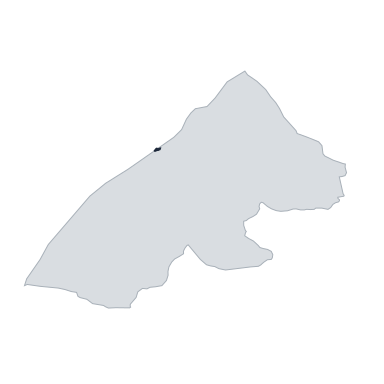 Commonwealth 2, Grand Bassa, Liberia shown in context, rotated 99°
{"feature_id": "62588387B22492671376188", "entity_name": "Commonwealth 2", "entity_type": "district", "adm_level": 2, "iso_a3": "LBR", "parent_name": "Liberia", "parent_adm1": "Grand Bassa", "projection": "natural_earth1", "projection_center": [-10.038, 5.878], "detail": "fine", "context": "in_parent", "style": "filled", "palette": "slate", "viewbox_px": 384, "rotation_deg": 99, "n_neighbors": 0, "source": "geoboundaries", "source_scale": "gbopen_adm2", "svg_char_len": 2693}
<svg xmlns="http://www.w3.org/2000/svg" viewBox="0 0 384 384"><g transform="rotate(99 192 192)"><path d="M64.3,158.7L67.6,155.5L72.5,145.2L79.3,135.2L85.6,129.3L90.6,123.3L95.9,118.6L103.5,113.2L115.1,98.9L117.8,97.3L119.7,87.4L122.6,74.8L125.9,70.9L133.8,68.6L135.7,66.4L138.5,57.5L140.3,47.2L140.4,44.9L143.5,44.7L148.8,42.4L151.9,43.4L153.3,46.4L154.0,48.9L170.1,42.5L171.5,41.2L172.4,41.4L174.4,47.2L175.6,46.8L176.5,45.2L177.6,45.0L178.9,45.8L180.1,48.5L182.2,50.9L185.7,52.6L187.9,55.0L187.6,61.2L188.5,67.2L190.0,68.6L190.8,72.2L191.2,76.2L192.1,78.2L192.7,82.2L192.4,86.5L193.0,89.5L195.6,94.7L197.2,101.3L197.2,105.9L196.2,110.8L194.5,115.2L191.5,120.1L191.3,122.0L193.1,123.3L195.8,123.5L198.0,122.5L203.8,124.8L206.7,128.0L209.4,131.9L211.7,133.9L212.8,136.4L216.9,135.7L221.6,133.3L222.5,132.2L223.9,132.8L227.0,133.1L229.1,128.7L230.8,123.7L234.4,118.3L236.2,116.3L236.7,112.8L236.9,108.4L238.2,104.5L241.2,102.4L244.5,102.4L246.2,103.2L247.1,106.9L249.8,109.8L252.0,111.7L253.2,112.6L255.0,114.8L256.8,122.3L263.8,146.7L263.5,153.4L262.1,157.8L262.1,162.1L261.6,166.3L257.3,173.2L244.8,187.5L245.7,188.7L248.8,190.3L251.8,191.2L254.3,190.7L257.5,194.3L260.9,198.7L264.4,201.1L269.6,203.1L274.2,203.3L278.0,202.6L283.4,203.4L289.2,207.1L291.3,213.2L292.7,218.6L294.7,221.3L295.0,225.9L299.1,229.9L304.9,230.7L312.5,235.4L314.5,235.2L315.3,234.6L316.2,235.5L318.2,249.2L319.7,256.4L318.9,259.4L317.9,261.7L317.8,272.7L314.4,279.1L313.8,286.0L312.9,288.3L309.2,290.3L309.2,295.6L308.2,302.1L307.8,309.0L308.9,326.9L309.1,340.3L310.7,342.8L303.6,341.7L282.5,331.5L266.3,325.7L212.0,292.2L196.9,278.7L179.5,258.7L140.8,218.5L132.0,212.0L120.9,208.9L114.0,205.4L109.2,201.7L105.2,190.5L95.6,183.9L77.7,174.5L64.3,158.7Z" fill="#d9dde1" stroke="#a8b0b8" stroke-width="1"/><path d="M155.1,234.4L155.3,234.4L155.3,234.5L155.3,234.4L155.5,234.4L155.5,234.2L155.6,234.3L155.8,234.4L155.7,234.5L155.8,234.6L156.0,234.8L156.3,234.8L156.4,235.0L156.5,235.1L156.6,235.3L156.8,235.3L157.0,235.5L157.2,235.4L157.1,235.2L157.2,234.9L157.3,234.8L157.2,234.7L157.0,234.4L157.0,234.2L156.8,234.1L156.7,234.0L156.6,233.8L156.6,233.7L156.3,233.6L156.2,233.4L156.3,233.2L156.2,232.9L156.2,232.7L156.2,232.4L156.1,232.2L156.0,231.8L155.9,231.7L155.7,231.5L155.7,231.4L155.6,231.2L155.4,231.1L155.2,231.0L155.2,230.8L155.1,230.7L155.0,230.4L154.9,230.4L154.7,230.4L154.5,230.2L154.3,230.2L154.1,230.3L154.0,230.2L153.9,230.1L153.7,230.1L153.8,230.3L153.9,230.6L154.0,230.8L154.0,231.0L154.3,231.4L154.3,231.5L154.5,231.8L154.7,232.0L154.7,232.3L154.7,232.5L154.7,233.0L154.5,233.4L154.4,233.5L154.6,234.0L154.9,234.3L155.1,234.4L155.1,234.4Z" fill="#64748b" stroke="#1e293b" stroke-width="1.5"/></g></svg>